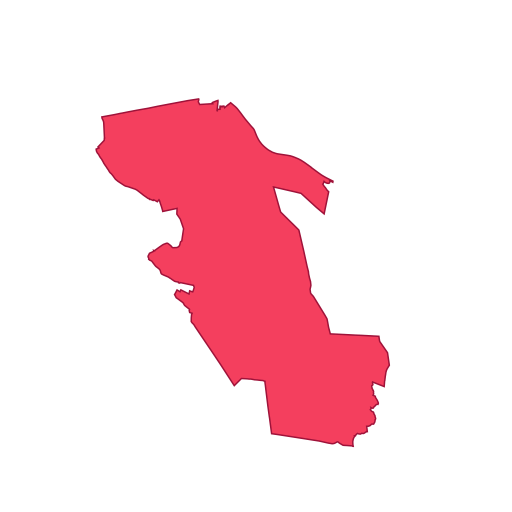 the district of Utrechtse Heuvelrug, Utrecht, Netherlands, rotated 228°
{"feature_id": "6326949B53566260910730", "entity_name": "Utrechtse Heuvelrug", "entity_type": "district", "adm_level": 2, "iso_a3": "NLD", "parent_name": "Netherlands", "parent_adm1": "Utrecht", "projection": "robinson", "projection_center": [5.38, 52.029], "detail": "fine", "context": "isolated", "style": "filled", "palette": "rose", "viewbox_px": 512, "rotation_deg": 228, "n_neighbors": 0, "source": "geoboundaries", "source_scale": "gbopen_adm2", "svg_char_len": 5865}
<svg xmlns="http://www.w3.org/2000/svg" viewBox="0 0 512 512"><g transform="rotate(228 256 256)"><path d="M386.9,339.7L386.9,336.9L387.1,336.9L387.2,331.9L388.9,332.5L390.0,331.0L389.6,330.8L390.1,330.4L390.4,330.3L390.5,330.3L391.1,329.9L391.3,329.7L390.5,329.2L390.8,328.9L389.9,328.2L390.0,328.1L389.1,327.4L390.8,325.6L389.8,324.5L390.1,324.3L392.1,326.6L393.6,328.2L395.9,330.8L396.5,331.4L397.1,331.8L397.3,331.3L397.8,330.2L399.1,326.7L399.2,326.1L398.1,325.8L406.3,315.5L409.2,316.3L410.5,318.2L411.1,318.5L417.1,309.3L433.0,283.2L437.9,274.8L443.8,265.4L449.2,256.5L451.8,252.1L452.9,250.4L453.5,249.3L455.5,245.9L456.4,244.4L462.5,234.5L461.5,233.9L461.3,233.7L459.8,233.3L458.8,233.0L457.5,232.4L455.3,230.7L447.0,223.9L445.8,222.9L445.0,222.5L445.1,222.2L443.5,220.6L442.8,211.6L441.4,211.6L442.4,208.7L441.9,208.4L441.2,207.9L440.2,207.4L439.3,207.2L438.5,207.0L436.9,207.0L434.5,206.4L433.3,206.2L430.7,206.0L430.3,205.8L428.7,205.5L426.5,204.9L423.7,204.5L423.1,204.5L420.8,204.1L418.4,203.8L417.7,203.6L416.5,203.4L415.4,203.3L413.7,203.5L411.6,203.4L407.1,202.9L403.8,203.4L396.2,205.4L394.9,206.0L393.7,206.9L392.9,207.4L386.2,211.1L384.3,211.7L378.2,212.8L376.8,213.0L371.5,214.2L370.2,214.7L369.9,214.8L369.9,215.0L369.3,214.9L369.3,215.1L368.9,215.4L368.0,215.7L367.9,215.9L366.1,216.7L366.0,216.8L366.2,217.6L362.3,219.0L362.7,221.5L361.9,221.4L361.4,221.2L359.1,220.1L356.0,218.8L352.5,217.1L351.5,216.5L344.2,229.2L340.1,225.2L334.1,224.4L324.7,220.4L319.6,214.2L317.1,211.2L316.9,211.1L317.0,209.8L316.9,209.1L316.4,208.5L315.1,206.5L314.9,205.8L314.8,204.9L314.7,204.7L315.0,203.6L315.2,202.9L317.6,200.0L318.0,199.7L318.4,199.6L319.1,199.5L320.5,199.6L321.2,199.5L324.0,199.0L324.6,198.8L325.1,198.4L325.6,197.5L325.6,197.4L326.6,194.9L326.7,194.3L326.9,193.1L327.3,189.9L327.8,185.1L327.8,184.5L327.7,184.3L328.0,184.2L328.3,183.9L328.6,183.7L328.0,183.5L328.0,183.4L328.0,183.0L328.5,181.2L329.2,179.1L329.3,178.7L329.2,178.3L328.8,177.6L328.6,176.9L328.4,176.3L328.0,175.6L327.7,175.3L327.3,175.1L325.9,174.7L325.3,174.0L324.7,174.2L324.1,174.2L322.1,175.1L317.4,174.7L315.5,174.6L314.8,174.7L313.3,175.0L310.6,175.4L309.2,175.1L307.2,174.1L306.4,173.8L305.9,173.8L305.5,173.9L304.5,174.3L304.1,174.4L299.0,176.8L291.7,178.6L290.7,179.2L288.5,180.9L287.9,180.5L286.9,181.2L286.7,182.1L286.3,182.4L276.0,189.9L274.0,189.1L272.5,186.6L271.7,185.0L272.6,184.4L274.5,183.4L272.6,180.8L281.1,177.5L280.3,175.6L283.6,174.6L282.3,171.1L282.1,170.5L281.9,169.7L278.4,168.8L271.3,170.3L269.6,170.5L268.2,170.1L267.0,169.9L264.5,170.3L262.2,170.7L261.9,170.8L260.8,170.9L260.2,169.9L258.4,168.9L256.2,170.2L255.5,168.8L254.6,167.9L253.9,167.1L253.0,166.2L250.6,164.0L249.1,163.8L247.1,163.9L245.9,163.8L244.0,163.4L213.3,159.1L198.7,157.0L174.2,153.1L174.7,163.2L170.6,167.3L169.1,168.6L168.1,169.7L167.4,170.3L165.4,171.8L165.1,172.0L162.9,174.1L160.5,176.2L160.3,176.4L158.7,177.9L157.1,178.6L156.9,178.8L156.4,178.5L156.3,178.3L156.1,178.1L153.6,176.4L148.5,172.8L136.5,164.4L127.7,158.4L126.6,157.7L113.5,148.7L109.1,152.4L93.9,164.8L76.3,179.1L68.8,184.4L65.5,187.0L64.8,188.0L64.5,188.5L64.1,189.5L63.5,192.0L63.3,192.3L62.9,192.5L61.0,192.8L57.2,194.0L56.7,194.4L54.1,197.0L52.4,198.6L51.2,199.8L50.9,200.1L49.8,200.6L49.5,200.9L51.0,201.8L52.1,202.7L53.2,203.6L54.0,204.6L55.0,206.0L55.7,207.5L55.8,208.1L55.9,209.1L56.4,209.1L55.9,209.8L56.1,210.3L56.3,210.8L56.3,212.2L56.2,212.7L55.9,212.8L55.1,213.3L53.9,214.3L53.8,214.5L53.7,214.7L53.7,215.0L53.5,215.5L53.5,215.9L53.1,216.3L52.4,216.8L52.1,217.3L51.8,218.4L51.8,219.5L51.3,220.7L51.4,220.8L51.0,221.2L55.4,224.3L55.1,224.6L54.4,225.6L54.1,225.9L54.0,226.1L54.0,226.8L53.6,227.3L53.6,227.6L53.7,229.1L53.6,229.6L52.5,230.8L52.4,230.9L52.4,231.1L52.7,231.8L53.1,233.1L54.0,234.4L54.6,234.8L54.7,235.5L55.1,236.1L55.5,236.4L56.4,236.7L57.8,237.6L59.6,238.0L60.6,238.5L61.4,238.8L62.0,238.6L63.3,238.0L65.3,238.1L65.4,238.9L65.6,239.3L66.2,239.9L66.4,240.0L65.6,240.3L64.9,240.8L64.6,241.3L64.5,241.5L64.7,242.0L64.9,242.5L64.9,244.7L65.1,245.7L65.0,246.2L64.6,247.0L64.1,247.3L64.4,248.0L64.8,248.5L66.5,249.2L68.3,249.7L69.7,249.9L71.1,250.2L71.6,250.5L71.9,250.8L74.2,249.8L74.7,251.0L74.9,251.3L75.8,251.8L76.1,252.1L76.5,252.6L76.9,252.9L77.5,253.1L77.9,253.0L78.5,253.4L78.8,253.5L79.8,253.6L80.5,254.1L81.6,254.7L82.1,255.1L82.2,255.3L82.2,255.6L82.0,256.3L82.2,256.7L82.4,257.0L83.0,257.2L83.8,257.7L84.3,258.1L84.4,258.3L73.2,263.9L77.1,268.0L77.2,268.3L80.1,271.6L81.1,272.9L82.3,274.3L82.9,275.1L83.7,276.4L84.1,277.2L84.7,278.9L85.6,282.0L95.5,288.6L96.1,289.0L96.7,289.1L109.4,290.7L110.0,290.9L112.5,292.5L114.1,293.6L126.7,281.0L130.6,277.0L138.5,269.1L148.4,259.1L154.4,262.2L159.9,265.6L161.6,266.6L162.1,266.8L162.6,266.9L166.4,267.7L186.5,271.4L187.6,271.6L191.0,271.6L191.8,271.7L195.1,273.9L196.4,275.8L197.5,277.2L198.6,278.0L200.5,279.4L203.6,280.9L207.3,283.0L208.5,283.9L209.3,284.5L213.9,286.9L227.4,294.6L246.4,305.1L247.0,305.2L270.9,303.8L271.7,303.7L272.8,304.0L278.2,306.6L295.6,315.2L278.1,327.5L272.4,331.4L251.8,333.4L241.7,334.8L255.1,353.0L256.7,352.9L257.7,352.9L260.4,353.3L262.1,353.3L264.7,353.7L264.8,354.4L265.9,356.5L264.7,356.6L263.7,356.9L262.4,357.6L261.6,358.4L261.3,358.7L261.2,359.2L261.2,359.4L261.2,359.8L261.6,360.4L261.8,360.7L262.5,361.0L262.1,361.4L259.4,362.4L260.1,363.3L267.3,360.5L269.7,359.7L272.3,358.9L276.3,358.0L284.7,356.3L284.8,356.4L285.2,356.3L285.8,356.2L293.1,354.6L297.1,353.5L299.8,352.5L303.4,350.8L305.5,349.7L307.5,348.5L309.7,346.8L317.6,340.3L319.1,339.3L320.9,338.3L322.0,337.7L322.8,337.4L324.0,337.0L326.3,336.2L328.3,335.8L330.9,335.4L332.7,335.2L335.3,335.1L338.9,335.4L341.1,335.8L344.1,336.6L346.4,337.4L348.0,338.0L349.9,338.7L351.1,339.1L352.4,339.3L356.7,339.3L365.0,339.6L369.5,340.0L372.5,340.3L378.1,340.7L380.4,340.6L386.9,339.7Z" fill="#f43f5e" stroke="#9f1239" stroke-width="1.5"/></g></svg>